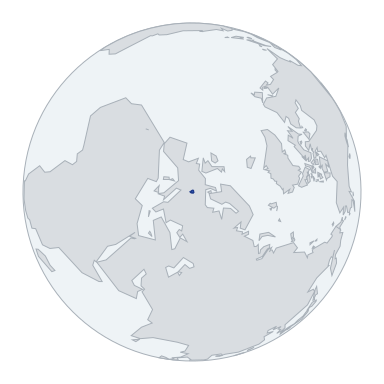 globe centered on Plzeňský, rotated 98°
{"feature_id": "CZE-10369", "entity_name": "Plzeňský", "entity_type": "Region", "adm_level": 1, "iso_a3": "CZE", "parent_name": "Czechia", "parent_adm1": "", "projection": "orthographic", "projection_center": [13.338, 49.523], "detail": "fine", "context": "on_globe", "style": "filled", "palette": "blue", "viewbox_px": 384, "rotation_deg": 98, "n_neighbors": 0, "source": "natural_earth", "source_scale": "10m", "svg_char_len": 10837}
<svg xmlns="http://www.w3.org/2000/svg" viewBox="0 0 384 384"><g transform="rotate(98 192 192)"><circle cx="192" cy="192" r="169" fill="#eef3f6" stroke="#a8b0b8"/><path d="M56.1,91.6L56.2,91.4L79.0,66.8L66.0,79.5L74.7,70.4L74.3,70.8L84.5,62.0L91.9,56.3L105.4,48.5L116.7,46.6L112.0,48.8L115.2,48.4L121.3,45.7L124.5,44.1L143.9,41.7L164.5,37.2L169.7,34.2L169.6,36.5L178.5,29.9L188.8,28.0L177.9,31.3L177.4,32.6L184.8,31.7L185.9,32.9L190.1,33.3L190.7,34.9L184.3,37.1L184.6,38.3L189.8,37.6L193.8,39.1L186.1,39.9L192.1,42.7L182.5,47.6L161.4,49.7L156.8,55.0L137.0,64.4L139.6,65.4L133.7,70.1L134.4,73.1L130.5,74.3L134.5,75.7L137.9,74.0L140.7,74.2L141.5,75.9L136.7,77.6L135.6,77.0L134.6,78.5L131.8,78.7L133.6,79.5L127.7,81.7L134.6,82.2L130.7,86.1L126.5,86.8L125.6,83.3L113.7,77.3L109.1,77.5L103.6,81.1L95.9,94.8L91.4,96.8L86.3,101.9L89.3,102.3L94.4,98.4L98.8,100.7L104.5,96.0L107.1,96.4L113.5,93.4L113.9,97.7L110.9,103.7L105.6,106.5L104.1,109.4L110.2,110.0L101.5,119.0L97.6,131.5L95.2,133.6L88.5,131.2L85.6,122.3L76.9,120.5L83.9,125.8L77.8,131.6L77.3,134.4L78.5,136.6L81.3,136.1L79.5,139.1L71.9,134.7L73.4,131.9L75.8,133.2L74.5,129.3L69.3,126.9L66.6,130.3L61.6,124.2L59.6,126.7L57.5,127.0L61.0,123.3L54.6,129.9L48.3,125.9L39.5,137.7L46.7,123.6L48.4,117.7L49.6,112.0L48.1,113.8L51.8,104.7L51.7,101.2L46.4,107.1L41.0,116.5L37.4,125.6L38.7,124.4L37.4,130.2L33.2,135.7L30.1,148.5L27.5,155.2L25.9,162.6L25.6,167.3L25.0,175.1L26.3,174.8L27.6,179.1L25.8,185.7L28.0,183.6L27.7,190.5L31.5,203.8L30.7,204.3L33.6,223.3L39.7,238.8L41.1,246.4L40.1,247.8L42.9,252.9L43.0,254.8L56.7,274.2L65.9,287.1L67.1,293.3L62.3,293.8L64.8,302.6L60.1,297.5L52.8,287.7L46.2,277.4L40.4,266.7L35.5,255.6L31.3,244.1L27.9,232.4L25.4,220.4L23.8,208.3L23.1,196.1L23.2,183.9L23.4,183.6L24.9,172.8L25.3,168.6L24.8,168.8L27.6,153.3L30.5,143.3L39.8,118.6L47.3,104.7L56.1,91.6ZM37.0,140.8L33.7,159.2L33.1,152.4L33.7,152.9L35.0,147.3L36.7,139.2L36.9,133.9L37.0,140.8ZM40.9,140.6L41.3,137.9L41.3,140.1L40.9,140.6ZM125.8,43.3L121.3,45.6L115.4,47.7L119.0,45.6L125.8,43.3ZM137.1,40.2L135.3,41.4L131.9,41.2L134.0,40.5L137.1,40.2ZM173.1,31.9L169.3,32.7L172.6,31.6L173.1,31.9ZM190.6,33.1L191.3,32.5L193.2,33.0L190.6,33.1ZM112.9,91.3L113.2,92.3L111.8,92.3L112.9,91.3ZM115.4,89.0L113.6,88.3L114.5,87.2L115.6,87.6L115.4,89.0ZM195.8,36.0L198.6,37.0L194.7,36.3L195.8,36.0ZM117.3,90.2L116.3,85.3L118.0,83.3L123.5,83.5L117.3,90.2ZM199.5,37.9L206.3,40.8L208.5,39.7L206.0,44.7L201.1,40.4L195.9,39.6L199.2,39.1L199.5,37.9ZM138.6,72.8L135.0,74.6L137.3,71.6L138.6,72.8ZM139.4,70.8L142.4,61.9L148.1,60.3L145.9,63.5L152.7,60.4L154.0,64.0L150.6,66.5L146.7,66.7L150.2,68.0L139.4,70.8ZM203.5,47.2L204.2,48.4L202.3,47.6L203.5,47.2ZM142.1,74.0L142.2,72.2L147.1,70.7L147.8,74.0L146.0,73.4L142.1,74.0ZM153.9,57.9L157.7,57.5L159.8,60.2L161.5,60.5L154.6,63.9L153.9,57.9ZM145.2,74.6L148.0,75.7L146.4,78.1L142.3,75.7L145.2,74.6ZM148.1,68.9L150.5,68.4L149.4,69.8L148.1,68.9ZM142.1,87.5L142.1,85.2L144.7,84.1L142.1,87.5ZM149.2,76.0L149.7,75.2L150.8,74.6L152.2,75.8L149.2,76.0ZM156.5,65.7L156.6,67.0L159.5,64.4L161.2,66.6L156.2,68.6L159.1,68.6L159.6,69.3L155.0,70.2L156.5,65.7ZM156.7,75.3L151.0,78.8L150.4,83.2L148.1,84.2L149.5,77.0L156.7,75.3ZM156.1,72.2L156.0,74.3L153.2,74.3L151.5,72.9L156.1,72.2ZM164.1,67.4L162.8,63.5L163.9,63.3L164.1,67.4ZM157.1,76.5L158.5,75.6L157.4,76.8L157.1,76.5ZM162.6,70.1L162.0,68.7L163.3,68.4L162.6,70.1ZM161.8,75.1L159.9,76.2L158.7,75.2L161.8,75.1ZM162.6,72.8L164.5,72.7L159.4,74.2L162.1,72.2L162.6,72.8ZM163.9,70.0L164.5,69.4L164.0,70.7L163.9,70.0ZM167.3,78.3L161.1,80.4L158.5,78.2L164.9,76.4L167.3,78.3ZM121.0,294.5L107.9,270.7L113.0,264.2L112.9,254.1L146.8,226.4L155.1,230.1L183.0,227.4L186.7,228.8L184.7,237.7L206.6,247.2L212.3,239.4L230.9,242.0L242.6,238.8L244.6,221.6L225.5,226.4L221.0,219.0L235.3,208.2L251.8,204.0L250.6,201.1L239.1,197.2L241.9,190.0L235.0,195.3L238.6,197.8L234.4,201.4L230.9,199.4L232.0,196.8L226.7,196.6L222.8,209.5L226.0,213.4L212.8,217.9L216.8,225.0L213.6,229.0L205.6,218.7L205.6,214.4L191.6,203.2L190.4,208.0L203.6,219.1L199.9,218.5L198.4,225.7L196.7,219.7L182.6,206.9L170.1,209.5L155.8,225.8L148.1,226.2L140.8,221.4L144.3,203.8L161.1,205.2L162.6,199.5L157.7,190.4L163.2,191.7L163.3,188.3L169.5,188.4L176.8,180.6L182.9,179.9L184.3,169.4L187.7,167.8L185.8,174.3L187.8,178.7L202.8,177.1L205.3,174.6L205.0,168.1L209.2,168.7L207.0,162.6L215.0,158.8L203.5,158.6L202.9,151.5L206.9,145.4L204.6,143.2L198.1,153.2L197.3,157.3L200.0,160.7L196.2,172.6L191.3,174.8L187.5,162.7L180.2,164.8L180.5,154.9L197.9,133.2L205.9,128.3L222.1,134.3L221.1,139.2L214.8,139.3L221.9,145.4L220.7,141.9L224.2,142.6L224.4,136.4L226.9,136.6L223.0,130.5L226.0,130.1L228.5,134.0L231.5,125.0L237.4,122.8L236.9,120.7L234.7,119.1L243.7,117.6L243.0,116.2L239.7,116.1L236.1,113.2L233.1,107.7L236.4,107.5L237.9,109.4L246.0,113.4L249.5,119.0L250.6,118.3L248.3,113.5L238.4,108.6L235.8,105.4L240.6,107.0L238.7,106.2L238.3,104.5L241.1,102.8L235.8,100.8L228.0,84.4L232.6,79.8L237.8,82.8L235.8,72.2L241.1,68.6L238.1,68.4L235.1,63.7L233.4,64.7L231.7,64.3L223.2,53.6L223.8,51.2L216.7,47.1L215.2,47.1L214.4,48.6L206.0,44.7L208.5,39.7L211.9,39.9L211.1,37.0L219.0,38.0L225.1,37.8L234.1,41.2L238.2,41.0L237.4,39.9L242.4,39.0L255.3,41.8L248.3,44.3L229.6,42.8L237.5,43.6L236.7,45.0L240.2,46.3L245.7,47.0L245.7,46.1L259.7,56.5L274.9,63.4L271.4,58.3L273.5,56.8L287.7,61.9L310.5,81.4L313.5,81.0L316.5,83.3L320.2,88.4L315.9,85.1L315.8,87.5L312.8,85.1L317.3,92.7L313.2,89.6L318.6,97.4L321.2,97.9L318.8,92.1L325.3,100.5L328.3,99.6L333.3,104.5L344.1,123.8L348.0,136.5L349.2,139.0L348.3,140.6L350.9,149.6L355.4,153.5L356.6,157.0L359.0,171.6L358.4,169.3L356.1,173.6L358.3,183.5L360.2,182.3L360.9,187.5L360.7,191.1L359.6,186.9L358.8,188.2L357.1,180.3L352.7,173.3L352.3,181.3L350.5,176.8L344.4,174.0L342.8,185.5L341.6,210.3L344.4,222.7L342.7,232.2L332.9,223.2L327.3,213.2L324.6,218.1L313.9,214.7L297.8,227.6L294.8,225.4L292.0,229.4L284.3,230.0L279.5,225.9L275.2,228.8L288.0,239.3L292.5,236.1L295.3,227.4L298.1,232.0L305.3,232.3L299.9,250.8L274.8,276.5L271.2,267.6L246.1,246.1L246.3,242.4L246.1,242.0L245.7,241.4L244.6,247.7L239.9,242.8L254.5,260.2L257.5,268.1L274.5,277.2L273.2,279.3L278.3,280.1L293.2,268.5L293.6,271.7L287.2,289.7L265.5,316.2L267.7,324.8L265.1,332.7L250.1,341.7L250.1,345.5L242.1,348.9L240.7,350.9L233.6,354.1L222.2,357.4L204.3,359.5L204.2,358.6L196.9,356.3L187.2,346.5L192.9,340.6L191.7,335.4L178.6,322.2L181.6,314.2L177.8,310.5L170.2,310.9L165.7,306.2L161.0,305.6L130.8,303.1L121.0,294.5ZM136.5,243.5L135.9,246.6L136.5,243.5ZM270.4,207.6L279.6,203.4L273.4,195.1L276.4,192.9L273.2,191.0L272.9,194.6L264.8,188.9L268.0,183.7L265.8,179.6L262.6,180.9L258.1,191.4L269.7,199.4L268.5,204.8L270.4,207.6ZM31.7,204.2L31.9,207.0L31.1,204.9L31.7,204.2ZM31.8,154.0L31.7,156.9L31.2,159.3L31.0,157.5L31.8,154.0ZM34.0,177.4L34.5,181.1L33.5,178.3L34.0,177.4ZM33.4,162.0L33.6,174.7L31.6,170.1L31.7,162.2L32.4,166.1L33.4,162.0ZM38.4,142.8L38.1,145.0L37.3,145.6L38.4,142.8ZM40.9,142.2L40.8,141.6L41.5,139.9L40.9,142.2ZM78.2,131.8L78.8,132.3L79.4,134.9L77.9,134.4L78.2,131.8ZM88.9,142.9L85.7,147.5L87.0,143.8L84.4,143.8L83.8,136.2L94.0,134.3L89.5,136.4L88.9,142.9ZM85.9,125.9L85.1,130.7L85.5,125.6L85.9,125.9ZM157.5,170.6L160.1,173.1L158.4,176.9L150.7,178.7L153.0,173.1L157.5,170.6ZM164.1,175.8L162.5,163.8L167.3,162.5L164.9,165.2L168.2,165.6L165.2,170.1L171.3,180.9L170.2,185.1L156.6,185.6L161.6,183.0L158.8,180.6L164.1,175.8ZM150.0,138.5L149.4,134.1L160.5,136.8L159.8,140.7L152.1,142.5L148.3,139.0L150.0,138.5ZM127.2,92.0L126.3,90.7L127.6,90.1L129.5,90.7L127.2,92.0ZM141.9,86.5L132.8,97.2L131.3,96.2L127.8,104.1L122.3,104.6L124.8,99.4L118.0,105.9L118.0,101.4L113.8,106.2L119.8,94.6L119.5,91.1L121.9,94.7L126.9,94.3L129.0,93.1L134.7,87.1L136.6,79.7L141.9,78.4L145.1,79.4L145.5,81.0L141.9,81.3L145.0,83.2L140.1,84.8L141.9,86.5ZM180.0,96.7L175.7,95.6L181.0,101.1L176.1,102.2L177.1,102.8L174.0,105.4L171.9,109.7L169.6,109.6L169.8,111.4L167.8,113.3L167.3,115.7L162.9,116.5L161.9,119.5L160.3,118.2L159.8,123.3L158.2,119.9L155.5,122.2L158.5,124.3L135.8,124.2L127.6,127.4L121.6,132.1L119.6,126.0L124.0,117.9L131.6,110.1L139.8,108.2L137.4,106.0L140.6,104.4L141.2,106.8L142.3,102.3L145.1,101.7L151.8,95.8L151.7,89.9L154.2,87.8L155.6,89.8L157.1,86.3L161.5,88.7L163.3,87.3L169.5,88.4L171.2,93.4L173.2,91.4L178.0,92.4L180.0,96.7ZM169.0,78.7L172.1,84.1L171.0,87.4L160.7,84.1L158.4,85.1L151.7,83.4L153.5,78.7L155.2,79.6L157.3,79.3L155.9,80.9L158.6,79.5L161.1,80.7L163.8,80.0L164.1,81.9L169.0,78.7ZM190.2,225.4L192.9,225.6L197.1,225.0L196.2,229.7L190.2,225.4ZM180.5,216.8L182.8,216.2L183.6,222.1L180.8,222.0L180.5,216.8ZM183.5,210.9L182.9,215.7L181.5,213.0L183.5,210.9ZM188.0,173.5L190.4,172.6L190.9,174.1L189.9,176.4L188.0,173.5ZM194.5,114.5L192.3,113.0L192.8,112.1L190.5,107.2L193.9,106.1L196.6,108.7L194.5,114.5ZM241.7,225.4L238.8,229.4L236.8,228.4L238.2,227.2L241.7,225.4ZM216.7,230.7L222.7,231.7L216.4,231.9L216.7,230.7ZM197.8,112.5L196.5,110.6L199.0,111.3L197.8,112.5ZM196.2,105.2L199.1,105.5L194.0,105.4L196.2,105.2ZM290.4,319.7L277.1,335.1L270.2,338.5L270.1,336.4L275.8,328.3L284.3,322.3L288.8,316.8L290.4,319.7ZM360.7,201.5L358.5,199.4L359.4,195.0L361.0,190.8L360.7,201.5ZM345.0,223.2L348.0,226.8L346.7,230.5L345.0,223.2ZM350.9,142.0L351.5,145.9L350.7,144.5L349.4,138.7L350.9,142.0ZM337.2,108.9L340.3,113.2L341.5,115.3L340.3,114.2L337.2,108.9ZM224.9,103.1L224.4,110.9L226.3,116.4L230.9,118.9L224.2,118.9L221.3,110.5L224.9,103.1ZM227.3,86.6L223.2,84.7L225.0,83.5L226.2,83.8L227.3,86.6ZM224.8,86.9L219.7,88.4L217.5,86.1L221.9,85.3L224.8,86.9ZM208.9,100.1L208.5,102.4L206.4,101.7L208.9,100.1ZM348.4,128.0L344.9,120.8L343.6,117.7L347.0,124.7L348.4,128.0ZM315.5,79.2L313.7,78.0L311.5,75.2L313.4,76.8L315.5,79.2ZM302.5,65.7L310.3,74.1L316.2,81.3L316.1,80.4L320.6,84.9L318.9,84.6L312.1,77.2L308.2,72.3L304.2,69.3L299.3,64.7L295.1,62.5L291.9,60.1L294.4,60.6L302.5,65.7ZM293.5,61.9L284.4,57.5L281.8,53.8L283.1,54.0L288.4,57.4L289.5,59.1L293.5,61.9ZM281.5,55.5L282.4,57.2L271.2,56.4L268.2,55.4L275.3,53.6L276.6,55.2L279.8,56.1L281.5,55.5ZM205.8,47.9L204.4,48.3L204.8,47.3L205.8,47.9ZM230.9,65.0L228.6,64.3L229.2,63.0L230.9,65.0ZM222.9,61.7L223.7,63.6L221.4,61.7L222.9,61.7ZM225.9,68.1L223.4,64.4L227.8,67.8L225.9,68.1Z" fill="#d9dde1" stroke="#a8b0b8" stroke-width="1"/><path d="M190.4,191.1L190.4,190.9L190.5,190.9L190.8,190.8L191.0,190.8L191.2,190.7L191.3,190.7L191.5,190.5L191.8,190.6L191.8,190.4L192.0,190.3L192.1,190.5L192.3,190.5L192.5,190.6L192.8,190.7L192.8,190.8L192.9,191.0L192.8,191.3L192.8,191.5L192.7,191.5L192.8,191.8L192.8,192.0L192.9,192.3L192.9,192.5L192.7,192.7L192.7,192.8L192.7,193.0L192.5,193.3L192.4,193.4L192.4,193.5L192.2,193.7L192.1,193.4L191.9,193.3L191.9,193.2L191.7,193.2L191.5,192.8L191.4,192.8L191.4,192.7L191.2,192.6L190.9,192.6L190.8,192.4L190.7,192.3L190.6,192.2L190.5,191.9L190.4,191.7L190.2,191.5L190.2,191.4L190.3,191.3L190.3,191.2L190.4,191.1Z" fill="#3b82f6" stroke="#1e3a8a" stroke-width="1.5"/></g></svg>